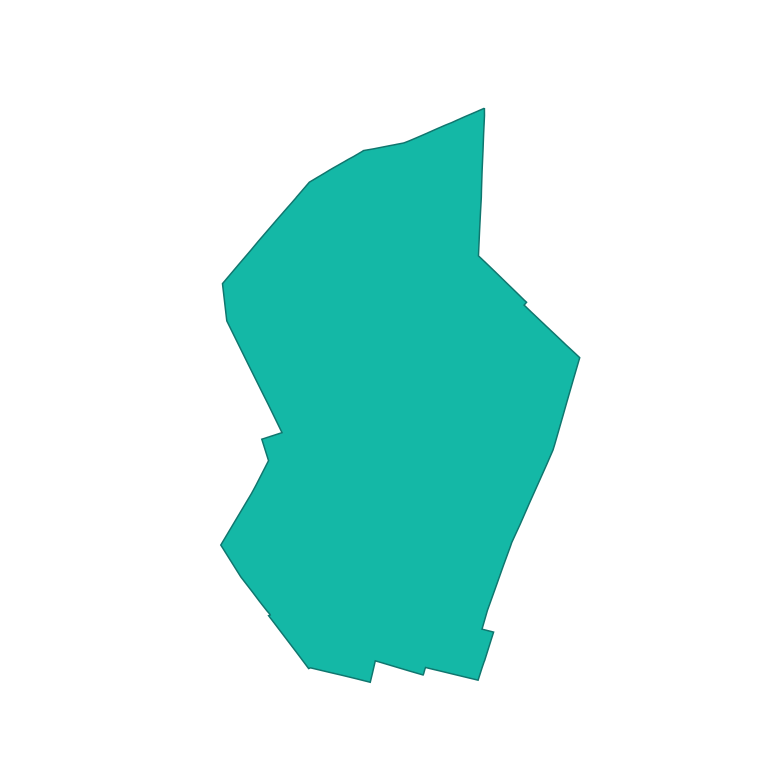 the district of Varias, Timis, Romania, rotated 109°
{"feature_id": "2599482B99754061037877", "entity_name": "Varias", "entity_type": "district", "adm_level": 2, "iso_a3": "ROU", "parent_name": "Romania", "parent_adm1": "Timis", "projection": "albers", "projection_center": [20.97, 45.991], "detail": "fine", "context": "isolated", "style": "filled", "palette": "teal", "viewbox_px": 768, "rotation_deg": 109, "n_neighbors": 0, "source": "geoboundaries", "source_scale": "gbopen_adm2", "svg_char_len": 1774}
<svg xmlns="http://www.w3.org/2000/svg" viewBox="0 0 768 768"><g transform="rotate(109 384 384)"><path d="M341.7,569.4L375.5,553.2L408.6,519.8L433.6,494.4L440.9,486.9L459.3,468.5L463.2,464.6L476.0,481.6L476.5,481.2L494.1,468.2L498.2,468.8L521.4,472.1L530.5,473.6L589.4,485.9L613.1,456.5L623.0,441.4L629.9,431.2L632.7,426.9L636.5,421.0L637.9,418.6L638.7,417.1L639.4,416.4L640.6,417.7L667.8,377.0L677.6,362.6L676.3,361.1L674.4,341.7L673.1,329.1L671.7,314.1L670.5,299.9L660.9,300.8L648.6,302.1L647.6,278.7L647.1,266.7L646.4,252.3L645.7,252.2L644.9,252.2L640.0,252.5L638.5,252.4L637.9,245.7L637.1,237.7L635.9,224.8L634.5,210.1L633.4,198.6L620.2,198.9L613.8,198.9L612.8,198.8L598.5,199.2L582.9,199.6L583.9,211.5L564.4,212.5L541.6,212.2L517.6,212.0L496.8,211.6L492.2,211.6L472.3,209.6L448.9,207.7L426.8,205.7L407.8,204.0L391.4,202.7L385.8,202.9L376.0,203.4L360.6,204.2L354.8,204.5L342.2,205.2L316.9,206.5L295.4,207.5L293.0,212.8L287.9,224.4L282.1,237.1L276.6,249.3L272.5,258.3L267.9,268.4L263.8,277.2L260.3,275.8L259.0,278.8L253.4,290.6L248.5,301.1L242.5,313.8L236.5,326.7L232.1,336.4L224.7,338.6L207.4,343.7L188.7,349.1L176.0,352.7L168.8,355.0L151.0,360.5L131.7,366.2L115.2,371.2L97.4,376.4L90.4,378.9L90.6,378.9L90.7,379.0L90.9,379.2L105.2,394.9L110.7,400.8L114.8,405.1L119.1,410.1L124.5,416.0L128.4,420.2L135.1,427.4L140.3,433.1L144.9,438.2L145.8,439.2L148.6,442.5L149.8,444.0L153.1,449.8L154.7,452.5L156.5,455.7L160.8,463.1L165.1,470.5L168.0,475.8L170.1,479.6L170.5,479.7L176.2,484.6L178.7,486.7L183.0,490.7L189.3,496.2L195.3,501.5L199.3,505.0L203.7,508.6L209.9,513.9L217.5,520.3L225.8,523.6L236.1,527.7L236.6,527.8L246.9,532.0L248.3,532.6L264.3,539.1L289.9,549.3L298.1,552.4L301.0,553.5L318.0,560.2L341.7,569.4Z" fill="#14b8a6" stroke="#0f766e" stroke-width="1.5"/></g></svg>